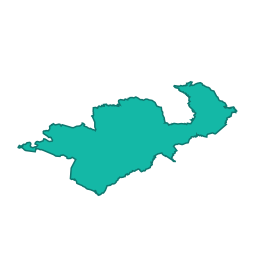 Naolinco, Veracruz, Mexico, rotated 297°
{"feature_id": "50627088B47546840295566", "entity_name": "Naolinco", "entity_type": "district", "adm_level": 2, "iso_a3": "MEX", "parent_name": "Mexico", "parent_adm1": "Veracruz", "projection": "equal_earth", "projection_center": [-96.831, 19.639], "detail": "fine", "context": "isolated", "style": "filled", "palette": "teal", "viewbox_px": 256, "rotation_deg": 297, "n_neighbors": 0, "source": "geoboundaries", "source_scale": "gbopen_adm2", "svg_char_len": 5882}
<svg xmlns="http://www.w3.org/2000/svg" viewBox="0 0 256 256"><g transform="rotate(297 128 128)"><path d="M101.0,67.8L99.4,67.5L100.4,65.6L100.0,64.6L97.7,61.8L97.9,59.4L96.3,59.0L96.2,58.3L95.3,58.4L94.8,57.8L93.9,57.4L91.8,58.7L89.4,58.3L88.5,56.1L88.0,55.9L87.2,54.4L86.4,54.1L84.7,55.1L84.2,59.8L83.6,61.8L84.6,63.0L84.6,63.9L84.2,64.0L83.0,66.2L81.9,66.4L80.3,64.2L80.1,63.3L80.5,59.2L80.1,57.9L78.0,58.2L75.3,55.6L74.9,53.5L74.3,52.7L72.9,52.2L71.6,52.4L71.8,55.3L71.4,55.5L69.6,54.9L69.0,53.7L67.2,52.2L67.0,49.9L67.9,48.9L69.6,48.7L70.3,48.1L70.6,47.0L69.0,44.7L66.9,44.1L66.0,42.3L64.9,41.9L64.5,42.4L63.9,42.4L63.5,42.1L63.6,41.0L62.9,40.7L63.2,39.4L63.1,39.1L60.9,38.9L60.7,39.2L61.0,40.6L61.9,41.1L62.4,42.5L62.1,44.1L61.5,45.7L61.5,47.1L64.7,56.1L68.0,55.3L67.9,56.2L68.7,57.2L68.8,59.5L69.5,60.8L69.7,62.9L70.5,73.7L70.2,76.4L71.8,80.3L73.2,80.5L73.9,81.8L74.6,82.3L74.5,86.6L73.3,87.5L73.7,88.8L74.9,90.7L76.5,91.5L76.5,93.3L76.2,94.7L76.3,95.7L66.5,95.6L56.7,99.7L56.6,101.1L57.3,101.8L57.3,103.8L58.1,103.5L58.2,103.8L57.1,106.3L55.6,107.4L55.5,107.9L55.9,113.4L55.6,114.3L55.8,116.5L55.2,118.5L55.2,119.5L56.0,122.6L56.3,126.3L56.1,127.0L57.3,127.2L57.2,128.0L56.0,128.3L56.2,129.1L55.3,129.1L55.3,131.3L54.8,131.5L54.8,132.4L55.4,132.5L55.4,133.0L56.4,133.8L58.5,134.5L58.7,135.4L59.2,135.7L62.2,136.1L67.1,135.6L68.2,137.3L68.8,137.7L68.9,138.2L71.4,139.6L71.6,140.5L72.5,141.4L74.3,142.0L75.2,141.7L76.9,142.6L78.6,142.3L78.9,142.8L80.3,142.9L80.8,144.3L82.1,146.1L83.2,146.7L83.1,147.0L83.3,147.4L85.4,147.1L86.7,148.1L86.0,148.7L87.2,149.8L89.4,150.0L89.7,150.6L91.3,151.8L92.0,151.4L92.6,153.6L94.2,154.2L94.4,154.7L96.1,155.7L96.3,157.3L95.7,157.8L95.1,159.7L96.4,160.9L97.2,161.2L97.4,162.4L98.1,162.7L99.3,162.6L101.6,164.9L102.3,165.0L102.8,165.7L105.1,165.3L105.6,166.0L106.6,166.1L106.9,165.8L106.9,165.1L107.8,164.3L107.9,165.2L108.2,165.4L109.0,165.0L110.8,165.0L111.4,164.5L111.8,165.2L112.6,165.5L113.0,164.7L114.4,165.9L115.0,165.3L114.9,164.2L118.4,166.3L121.1,169.5L120.3,170.6L120.0,171.8L119.9,174.3L120.4,174.3L119.5,182.2L118.9,183.6L119.8,185.8L119.7,183.1L120.4,182.3L120.2,181.9L120.5,180.9L121.2,180.8L121.7,180.1L122.4,180.6L123.5,180.3L124.4,180.8L125.1,179.8L126.6,181.2L127.7,181.1L128.1,180.5L130.0,181.8L132.4,176.9L134.5,177.6L135.1,178.0L135.8,179.4L137.0,180.3L137.7,183.4L138.1,184.1L140.8,186.4L142.2,188.3L145.9,187.8L147.6,188.8L148.4,188.4L149.3,188.9L149.8,190.5L150.6,190.8L150.8,191.7L151.3,191.7L151.3,192.0L150.8,192.3L151.2,192.8L151.7,193.1L153.3,192.4L152.6,193.4L153.8,193.8L153.7,195.6L154.7,196.1L154.7,196.9L154.3,197.4L155.0,197.9L154.9,199.2L155.7,202.3L157.5,201.6L158.6,201.8L162.0,205.5L162.2,207.9L162.6,208.6L175.7,213.9L175.7,213.2L176.2,212.5L177.1,212.9L177.4,212.3L177.9,212.8L178.8,212.1L180.7,212.5L181.1,211.9L181.9,211.7L182.8,212.5L183.3,212.6L183.6,213.4L184.6,213.5L184.7,214.2L185.6,214.5L185.8,214.2L189.1,213.6L189.3,213.7L189.5,214.5L190.3,215.3L190.7,217.0L191.7,216.6L192.5,217.1L192.9,216.1L192.4,215.7L193.4,215.3L193.4,213.6L194.2,213.6L194.7,212.6L192.9,210.2L192.4,210.7L191.7,209.9L191.9,209.0L191.4,208.9L191.5,208.0L191.2,207.4L191.5,206.7L191.3,205.8L190.4,206.1L190.1,205.6L190.2,204.9L190.7,204.0L191.5,205.2L192.7,205.6L194.3,203.1L194.3,200.8L194.7,200.1L194.0,197.7L194.3,196.1L196.2,194.1L196.3,192.7L199.9,187.7L199.4,185.4L199.5,184.5L200.5,182.8L200.7,181.4L200.1,179.1L200.3,178.4L200.1,177.1L200.5,176.1L200.0,175.2L201.2,173.8L201.2,171.9L199.4,169.6L197.6,168.0L196.2,167.3L195.2,166.2L195.4,165.7L194.0,164.2L197.8,164.3L197.5,163.6L197.8,163.0L195.3,161.3L194.4,160.0L193.0,161.0L192.6,160.1L192.0,159.6L191.8,159.9L191.1,158.4L190.2,157.7L189.7,155.6L188.7,155.1L188.3,154.2L187.9,154.3L187.7,153.4L187.9,153.3L186.8,150.1L186.1,150.0L185.5,151.7L185.7,153.1L186.1,153.8L186.0,155.2L185.5,155.7L185.7,156.0L185.0,156.3L185.1,157.1L184.9,157.4L184.7,157.2L184.6,157.8L184.8,160.2L185.2,160.7L184.8,161.0L184.6,161.9L185.0,163.3L184.5,163.7L185.1,163.9L184.9,164.5L183.8,165.5L184.4,166.7L183.5,166.9L183.7,169.0L183.4,168.9L183.3,167.7L182.8,168.7L179.9,169.9L179.9,171.2L177.0,170.4L176.7,172.1L175.7,172.0L174.9,173.3L173.7,177.4L173.6,177.0L173.0,177.1L172.0,178.4L171.9,178.9L172.5,179.6L172.0,181.6L170.7,181.6L170.8,181.3L169.8,180.9L169.1,181.0L168.5,182.7L166.3,182.6L165.8,181.3L165.5,181.5L165.4,182.5L164.6,182.4L164.4,181.2L163.8,180.5L163.7,182.2L160.4,182.0L160.0,181.4L159.2,178.7L157.8,178.7L157.8,176.7L157.3,176.7L156.2,173.6L154.2,170.7L153.0,166.9L151.9,166.0L151.8,165.4L151.4,165.6L150.9,165.3L150.4,164.1L149.2,163.1L149.7,162.8L149.6,162.3L150.2,161.1L150.2,160.3L149.3,158.6L149.8,158.8L150.7,157.5L151.5,157.1L151.9,156.4L152.2,156.5L153.4,155.7L155.6,152.8L157.9,151.7L158.7,150.2L161.5,148.3L161.0,146.9L160.6,143.7L163.0,140.5L163.5,136.9L162.6,134.1L162.5,132.4L161.9,130.8L159.7,129.1L159.7,127.7L159.1,126.7L158.8,125.5L159.2,123.8L159.2,120.9L157.4,119.5L157.1,118.0L156.0,116.0L155.0,115.8L154.5,114.8L153.0,115.0L152.5,112.3L151.1,112.1L149.9,108.4L148.3,107.2L147.0,107.7L145.0,110.4L145.0,109.5L144.7,108.4L144.2,108.0L143.7,108.6L144.1,109.6L143.1,109.9L142.5,108.1L142.8,107.6L141.7,105.9L142.1,105.1L141.5,104.8L141.8,104.4L141.2,103.6L140.8,103.9L140.3,102.8L140.5,101.9L139.3,100.5L139.0,100.7L138.7,98.8L139.3,98.4L139.4,98.0L137.8,95.5L137.3,95.8L137.3,96.6L136.6,96.9L136.4,96.6L136.3,94.5L136.1,94.3L135.2,94.8L134.5,93.7L134.5,92.5L134.2,92.0L133.1,91.9L132.5,91.4L132.1,91.9L131.7,91.7L131.6,89.7L130.3,87.9L126.8,89.5L125.8,90.4L124.9,90.6L124.2,91.3L123.1,91.6L122.6,90.4L122.2,90.3L121.9,91.2L118.1,95.8L113.8,98.0L112.1,100.0L110.8,100.1L111.0,99.4L110.8,97.9L110.5,97.6L110.6,94.7L110.1,94.3L109.9,92.6L110.2,90.9L109.8,88.1L110.1,87.7L111.4,87.7L111.8,86.2L111.6,85.0L110.8,85.3L109.6,85.1L107.9,84.1L106.2,81.4L103.5,79.3L102.9,77.9L101.0,67.8Z" fill="#14b8a6" stroke="#0f766e" stroke-width="1.5"/></g></svg>